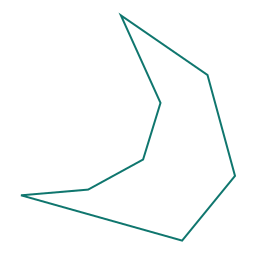 the state/province of Wake Atoll
{"feature_id": "UMI-5179", "entity_name": "Wake Atoll", "entity_type": "state/province", "adm_level": 1, "iso_a3": "UMI", "parent_name": "United States Minor Outlying Islands", "parent_adm1": "", "projection": "robinson", "projection_center": [166.636, 19.291], "detail": "fine", "context": "isolated", "style": "outline", "palette": "teal", "viewbox_px": 256, "rotation_deg": 0, "n_neighbors": 0, "source": "natural_earth", "source_scale": "10m", "svg_char_len": 230}
<svg xmlns="http://www.w3.org/2000/svg" viewBox="0 0 256 256"><path d="M21.0,195.3L88.1,189.6L143.1,159.5L160.5,102.9L120.9,15.4L207.5,75.0L235.0,175.9L182.1,240.6L21.0,195.3Z" fill="none" stroke="#0f766e" stroke-width="2"/></svg>